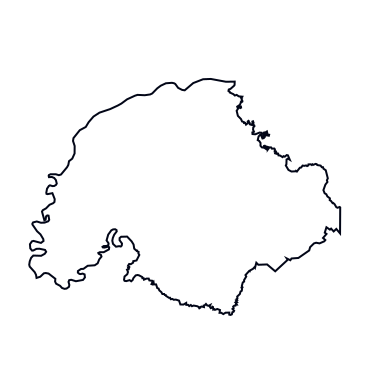 Victoria, Entre Ríos, Argentina, rotated 99°
{"feature_id": "61730980B18675393261940", "entity_name": "Victoria", "entity_type": "district", "adm_level": 2, "iso_a3": "ARG", "parent_name": "Argentina", "parent_adm1": "Entre Ríos", "projection": "albers", "projection_center": [-60.159, -32.751], "detail": "fine", "context": "isolated", "style": "outline", "palette": "ink", "viewbox_px": 384, "rotation_deg": 99, "n_neighbors": 0, "source": "geoboundaries", "source_scale": "gbopen_adm2", "svg_char_len": 6053}
<svg xmlns="http://www.w3.org/2000/svg" viewBox="0 0 384 384"><g transform="rotate(99 192 192)"><path d="M76.3,167.1L77.8,175.7L77.4,191.1L78.9,198.7L84.2,207.8L92.7,215.1L92.7,217.7L91.3,222.0L87.9,225.4L87.4,226.7L87.3,228.9L88.7,234.8L91.9,239.5L95.0,242.5L100.9,246.7L102.2,248.6L103.8,253.8L104.6,261.0L105.8,263.4L110.6,270.6L115.7,275.6L118.2,278.8L122.9,285.8L128.1,295.8L132.9,301.1L139.2,305.0L144.4,307.1L148.5,312.5L157.3,317.5L160.2,317.5L164.9,315.1L172.3,314.0L177.8,315.5L180.8,318.3L184.6,318.4L187.1,319.3L195.2,324.1L196.2,326.1L195.8,329.2L196.6,334.5L197.7,336.0L198.4,336.1L199.7,335.6L199.1,332.7L199.7,330.3L201.5,328.3L204.8,326.9L206.2,327.4L207.6,329.0L208.0,330.7L207.6,333.3L208.4,334.3L211.4,335.7L215.5,335.8L216.6,335.4L216.7,334.3L215.0,329.7L220.5,326.5L223.4,326.3L224.8,327.4L226.9,330.7L231.0,333.6L233.3,336.5L234.8,337.1L243.0,333.4L242.3,332.3L238.9,332.3L237.8,331.3L237.8,330.0L241.8,328.7L243.4,329.4L245.3,332.8L246.0,336.4L245.4,340.7L246.9,344.2L248.2,344.7L249.1,344.5L255.0,338.9L257.6,335.0L261.8,331.5L263.6,331.0L265.9,333.2L265.1,340.9L265.8,342.4L268.9,343.9L273.0,342.9L274.9,340.8L274.6,339.6L272.5,336.8L271.9,333.8L272.2,328.1L273.9,326.7L276.1,327.8L278.6,331.0L279.6,338.8L282.2,340.6L285.8,341.4L289.3,341.4L291.1,340.6L295.8,334.8L298.2,333.1L301.2,332.1L299.4,328.6L295.5,325.6L294.9,323.8L295.0,320.9L299.1,313.4L301.9,313.2L303.8,311.9L305.3,307.6L307.1,305.4L307.6,302.8L307.0,300.8L304.9,298.7L303.0,298.6L300.1,299.9L298.3,299.5L297.6,297.6L298.3,292.7L295.9,285.9L293.1,284.4L290.2,285.2L289.7,287.2L290.5,289.2L290.5,290.4L289.5,292.1L287.9,292.3L285.4,289.6L284.9,287.2L281.2,283.5L279.6,276.6L277.2,274.0L273.1,273.1L270.0,271.3L268.5,272.0L267.6,274.5L266.9,275.0L265.9,273.7L265.3,269.8L261.7,265.1L259.6,265.1L259.0,266.0L260.6,269.8L260.7,271.3L260.2,271.8L259.2,270.8L258.7,267.9L257.4,266.3L255.7,266.4L253.2,268.8L247.2,268.1L242.5,265.7L241.3,264.1L240.8,262.1L241.4,260.6L242.7,260.2L246.4,262.2L249.8,263.0L252.6,263.1L255.6,261.9L257.9,258.5L256.9,255.5L257.0,253.8L255.9,253.0L253.8,253.1L250.9,256.0L248.8,256.3L247.3,255.0L246.2,249.1L250.2,243.9L253.0,241.5L257.0,240.2L258.2,238.4L258.4,237.2L259.0,237.2L259.5,235.4L261.1,235.3L262.4,234.2L268.3,236.1L269.5,239.2L271.0,239.1L272.9,241.2L272.9,242.8L274.7,243.6L275.9,242.1L276.8,242.3L276.8,243.3L278.3,242.6L278.9,244.0L281.0,242.7L283.4,243.1L286.0,245.4L289.3,245.4L290.3,244.7L290.3,243.0L288.8,239.8L289.7,238.1L288.3,236.9L286.2,236.4L283.2,234.6L282.5,232.8L282.6,231.3L283.8,227.8L284.9,227.5L284.7,226.3L286.1,225.7L284.7,223.5L284.3,221.2L286.0,220.3L285.9,217.1L286.5,216.8L289.3,217.6L289.5,216.4L287.6,215.7L289.2,215.2L288.9,213.0L292.3,211.3L292.6,209.9L294.3,208.9L295.7,206.6L297.4,205.3L297.1,203.5L298.0,202.8L298.0,201.7L298.7,201.4L300.1,198.2L299.9,197.1L301.2,196.2L300.7,194.6L301.3,193.2L300.8,191.1L301.3,187.8L304.9,185.9L304.5,182.8L302.5,180.4L304.4,180.0L304.1,178.1L305.1,176.9L303.8,175.5L304.8,174.2L303.9,172.6L304.0,169.0L304.4,167.7L305.7,166.6L304.9,165.7L304.2,165.7L303.6,164.5L303.8,162.2L302.3,162.6L301.9,161.7L300.4,160.7L301.7,159.2L301.8,157.8L300.8,156.4L302.1,156.8L303.8,155.3L303.2,154.3L302.1,154.0L302.3,153.3L304.8,152.6L304.2,151.7L304.8,150.9L303.6,148.7L304.2,145.9L307.0,145.9L306.7,144.2L307.7,142.0L305.9,139.9L305.3,136.3L307.3,136.0L307.4,134.7L306.6,133.5L304.4,133.3L303.8,132.2L302.7,131.8L301.2,133.7L300.2,132.7L298.7,133.4L297.6,132.4L297.4,131.3L296.4,131.1L296.2,130.1L294.8,131.3L294.2,130.6L294.0,131.7L292.8,130.8L292.1,131.5L291.6,130.5L290.8,131.2L290.0,130.5L288.2,131.0L285.3,128.8L282.7,128.5L281.8,127.4L279.7,127.4L278.8,128.1L278.1,127.3L277.2,128.1L273.4,127.7L272.3,126.5L270.9,126.8L267.0,125.2L265.7,126.2L261.4,123.4L261.3,122.7L260.8,122.9L258.4,119.8L256.3,118.4L256.9,117.9L251.8,117.4L253.5,115.1L251.8,106.5L257.3,97.4L244.0,86.9L242.8,88.0L244.0,84.2L242.1,83.3L240.5,76.6L231.4,67.1L228.0,66.7L223.7,63.5L222.7,61.5L222.8,58.0L220.0,53.6L218.6,52.8L216.9,55.4L212.4,52.6L211.4,54.5L205.8,53.7L207.6,49.9L206.4,48.9L208.8,45.9L205.9,43.7L209.7,39.3L184.1,43.2L183.7,43.8L184.8,45.8L184.4,47.1L181.7,49.3L180.7,50.9L181.0,51.4L179.1,53.3L178.5,54.7L176.7,54.8L175.2,57.6L173.2,59.0L172.5,60.8L169.6,62.5L163.8,61.4L160.9,59.8L159.3,60.6L157.3,60.0L149.6,63.3L148.4,65.8L147.0,66.5L147.2,67.7L145.8,69.1L145.8,72.5L145.0,73.2L144.9,74.3L146.2,76.5L145.8,77.4L146.6,77.9L146.1,79.0L146.5,81.3L147.7,81.4L148.4,82.4L147.9,83.4L148.6,85.2L148.6,86.9L150.7,88.0L151.2,89.3L155.4,91.6L154.9,92.6L155.3,92.7L156.2,97.0L155.1,100.2L151.1,103.5L149.9,103.1L145.1,103.7L144.0,102.4L144.8,100.5L140.8,103.0L140.7,104.2L142.6,105.9L142.3,107.2L143.4,108.0L142.2,110.7L142.3,112.3L140.7,112.9L141.1,114.0L140.8,116.0L139.7,115.9L139.5,115.0L138.7,115.6L138.9,116.7L136.9,116.8L136.2,117.5L136.7,119.9L135.6,120.8L135.8,122.5L137.9,123.6L135.7,123.7L135.5,125.4L137.9,124.2L138.4,124.6L137.1,127.3L135.5,126.4L134.9,127.3L135.2,128.1L137.0,128.4L137.0,130.0L135.6,131.6L132.8,132.0L131.0,133.7L130.5,135.2L126.7,134.9L124.9,133.7L124.7,132.9L128.1,130.8L127.6,129.6L126.3,128.8L125.7,130.4L124.9,130.5L125.0,128.9L124.3,128.2L124.4,124.9L123.4,124.8L123.4,126.3L120.5,127.5L121.5,128.6L123.0,128.0L123.7,128.6L123.0,129.3L123.6,129.9L122.4,130.4L123.6,131.2L123.3,132.4L122.6,132.6L122.7,134.5L125.1,138.5L125.3,141.3L123.7,141.7L122.8,140.2L121.0,141.4L118.8,141.6L117.2,140.7L116.5,142.3L116.0,141.7L115.5,142.5L114.1,142.0L112.6,142.8L113.0,143.4L114.7,142.9L116.4,143.9L116.1,145.5L114.9,145.7L114.1,147.0L113.2,146.9L112.9,147.4L113.7,148.0L115.1,147.5L117.0,149.2L115.4,150.3L115.7,151.4L114.8,151.7L114.5,153.6L112.3,155.0L109.6,158.6L104.8,160.6L102.6,159.6L100.6,160.7L99.1,159.1L100.9,158.8L101.6,157.5L101.0,156.7L100.1,157.0L100.7,158.2L99.5,158.6L96.1,157.8L95.3,156.9L94.8,157.5L94.2,156.5L91.9,157.9L91.4,157.5L91.1,158.2L90.0,157.5L90.2,160.8L89.1,163.1L90.0,164.8L88.9,166.4L87.8,170.3L87.0,170.5L86.5,171.8L85.0,171.7L84.1,170.1L80.5,167.1L79.6,166.7L76.3,167.1Z" fill="none" stroke="#020617" stroke-width="2"/></g></svg>